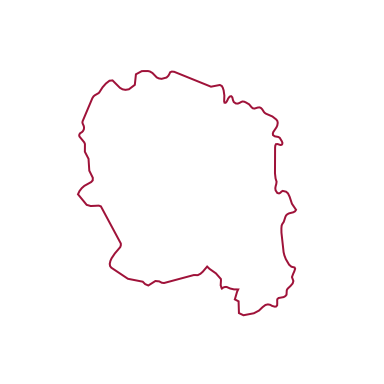 the Metropolitan department of Aube, rotated 210°
{"feature_id": "FRA-5270", "entity_name": "Aube", "entity_type": "Metropolitan department", "adm_level": 1, "iso_a3": "FRA", "parent_name": "France", "parent_adm1": "", "projection": "albers", "projection_center": [4.051, 48.317], "detail": "fine", "context": "isolated", "style": "outline", "palette": "rose", "viewbox_px": 384, "rotation_deg": 210, "n_neighbors": 0, "source": "natural_earth", "source_scale": "10m", "svg_char_len": 2730}
<svg xmlns="http://www.w3.org/2000/svg" viewBox="0 0 384 384"><g transform="rotate(210 192 192)"><path d="M204.1,84.8L224.1,86.1L225.9,86.9L227.3,88.6L228.2,91.5L228.5,94.3L228.1,100.2L226.6,108.4L227.0,110.3L227.9,111.8L263.7,134.0L265.9,133.6L272.7,129.2L276.8,128.2L289.6,133.0L289.9,136.6L289.4,140.2L288.3,143.5L284.3,150.2L283.8,152.4L285.0,154.7L291.6,159.1L298.2,169.0L304.9,173.3L308.7,180.0L310.1,181.1L317.0,183.7L317.8,184.3L318.3,185.5L318.3,186.8L317.2,189.0L316.9,190.3L317.0,192.2L317.7,193.8L318.7,195.0L320.9,196.6L321.6,197.3L322.1,198.5L325.2,223.4L325.1,225.6L324.5,227.2L322.3,231.0L322.1,231.9L321.8,238.0L320.8,242.9L319.1,247.1L316.6,248.9L306.5,246.2L303.5,246.2L300.7,247.2L298.0,249.4L295.1,256.2L299.4,265.9L295.9,271.6L290.7,274.7L288.8,275.3L285.8,275.3L279.8,273.6L277.5,273.8L274.9,274.8L271.3,278.4L270.6,280.8L270.6,283.0L270.8,284.7L269.7,286.2L267.5,287.2L228.2,292.7L221.4,298.6L219.2,298.7L217.5,297.7L215.4,295.8L212.2,291.7L209.5,286.6L208.5,285.6L207.5,286.1L207.2,287.4L207.2,289.0L207.4,290.7L207.3,292.4L206.8,293.9L205.8,294.6L204.4,294.1L202.5,292.1L200.8,290.8L198.3,290.6L196.5,291.5L195.4,292.9L194.5,294.4L193.6,295.6L192.0,296.3L190.3,296.5L186.4,296.5L182.8,295.2L181.2,294.9L179.6,295.5L177.2,298.1L175.7,299.1L174.1,299.2L172.5,298.7L169.6,297.2L168.5,296.9L167.1,296.8L160.1,297.6L155.2,296.9L153.5,296.1L152.3,294.7L151.4,292.2L151.2,290.2L151.6,284.6L151.2,283.0L150.3,281.8L148.2,281.6L144.8,282.8L143.1,282.8L139.5,280.8L138.2,279.7L137.8,278.4L138.0,277.7L138.9,276.9L141.9,276.3L143.2,275.4L143.1,273.9L142.3,272.1L129.5,249.7L126.4,245.5L123.9,243.2L123.0,241.0L122.5,239.0L121.8,237.0L120.4,235.2L117.6,233.8L115.9,234.3L115.1,235.5L114.7,237.1L114.0,238.3L110.7,239.3L108.2,238.8L105.1,236.7L99.6,231.8L93.0,228.6L93.1,226.8L94.1,225.1L97.3,222.0L98.3,220.4L98.8,218.8L98.7,217.2L97.8,213.0L97.6,211.7L97.8,209.6L97.6,207.8L96.4,205.2L94.2,201.5L82.6,185.7L80.3,183.3L77.2,180.8L71.6,177.6L68.6,177.0L65.4,177.9L64.3,177.1L63.7,174.2L63.5,171.9L62.9,168.3L59.7,165.6L59.1,163.1L59.7,159.9L60.7,156.6L60.9,155.3L60.8,154.3L58.8,150.3L59.1,148.5L60.1,146.8L64.0,143.5L64.5,142.1L64.3,141.2L62.4,138.0L61.6,136.4L61.9,134.9L62.9,134.1L65.7,133.4L67.9,133.4L70.1,132.6L71.9,130.9L73.3,127.6L74.7,122.8L77.8,117.9L85.8,111.0L90.8,110.6L97.0,120.6L101.2,120.4L103.1,128.2L103.3,130.7L106.8,128.7L110.7,127.5L114.4,127.1L115.1,126.8L116.2,126.0L117.0,125.1L117.4,124.4L117.8,123.3L118.7,123.8L119.7,124.9L120.5,125.5L122.7,129.9L123.5,131.1L130.6,133.5L138.5,134.2L141.6,135.0L142.8,128.4L143.8,125.4L145.4,122.9L148.9,121.0L170.7,99.2L172.8,98.3L175.7,98.2L179.2,96.6L183.1,89.2L186.5,88.8L189.8,89.7L204.1,84.8Z" fill="none" stroke="#9f1239" stroke-width="2"/></g></svg>